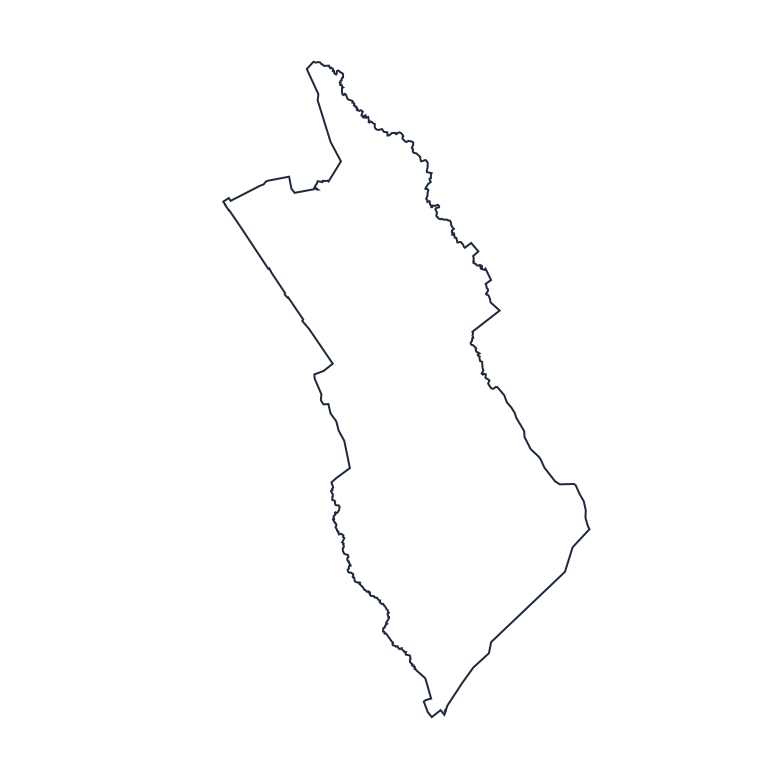 the district of Elejas pag., Jelgava, Latvia, rotated 320°
{"feature_id": "27541924B1906845824135", "entity_name": "Elejas pag.", "entity_type": "district", "adm_level": 2, "iso_a3": "LVA", "parent_name": "Latvia", "parent_adm1": "Jelgava", "projection": "albers", "projection_center": [23.711, 56.427], "detail": "fine", "context": "isolated", "style": "outline", "palette": "slate", "viewbox_px": 768, "rotation_deg": 320, "n_neighbors": 0, "source": "geoboundaries", "source_scale": "gbopen_adm2", "svg_char_len": 6159}
<svg xmlns="http://www.w3.org/2000/svg" viewBox="0 0 768 768"><g transform="rotate(320 384 384)"><path d="M217.6,676.2L221.0,674.3L220.5,673.6L221.5,673.1L221.8,673.6L225.8,671.1L251.7,663.3L270.2,658.6L291.3,657.7L300.1,650.6L401.9,644.2L423.6,630.3L448.1,627.3L448.9,623.7L452.4,615.9L457.4,610.4L461.6,602.4L463.2,593.6L465.7,585.1L465.6,583.6L464.9,582.4L454.2,573.9L452.5,568.5L453.1,551.2L455.6,542.1L455.8,539.4L454.5,528.1L457.6,514.9L461.1,510.2L463.7,494.5L465.5,490.5L466.4,484.0L466.4,476.8L468.9,469.9L468.8,459.3L467.8,458.1L464.7,458.0L463.5,456.4L463.4,455.3L464.0,450.7L467.0,449.0L466.6,446.5L465.8,445.4L465.8,444.3L468.2,442.1L466.9,440.2L465.8,440.3L465.5,438.8L469.0,437.4L469.6,435.4L473.4,430.1L472.4,428.2L473.7,425.6L475.0,424.4L474.2,422.7L474.7,421.7L476.8,421.9L475.5,418.4L476.3,416.7L477.4,416.1L477.2,415.4L477.6,415.0L477.1,411.3L476.1,410.0L476.4,408.7L477.5,407.8L479.2,407.6L480.8,405.8L481.9,406.1L483.0,403.7L485.0,402.2L485.3,400.8L519.8,402.1L518.1,390.0L520.0,386.6L520.8,384.2L520.9,382.6L519.9,381.2L520.1,380.5L523.3,379.6L524.5,378.3L524.4,376.4L525.9,374.0L526.2,372.6L532.8,373.2L535.9,360.9L534.5,361.3L532.3,357.9L533.1,356.3L534.1,357.4L534.9,356.4L534.0,354.5L532.0,353.7L531.3,352.6L531.5,351.2L530.3,348.9L530.9,347.9L531.7,347.9L531.7,347.1L533.7,345.2L534.5,343.3L541.5,343.1L541.4,332.0L533.5,331.6L533.4,330.0L534.2,328.2L534.1,324.6L531.2,322.7L533.3,318.6L532.2,317.4L534.4,313.6L534.0,313.2L532.8,314.2L532.2,313.4L533.3,312.7L533.5,311.6L534.0,311.7L534.6,310.1L537.2,310.0L537.0,309.5L537.5,305.6L539.1,303.3L539.5,301.3L538.0,299.5L538.1,298.9L535.2,296.2L534.3,294.4L533.0,294.0L532.1,291.9L532.4,290.4L531.9,289.7L532.4,288.5L534.8,286.8L535.6,283.2L537.0,282.7L539.7,284.0L540.6,283.2L540.3,281.2L537.7,280.4L536.2,278.8L534.7,279.5L533.9,278.9L534.9,277.4L534.6,276.0L536.3,273.7L536.2,273.1L534.3,272.4L535.2,271.4L535.4,270.5L535.1,269.8L535.5,269.1L538.3,267.8L540.5,265.4L542.6,264.0L542.7,262.7L541.2,261.3L541.6,260.7L546.1,259.2L549.6,259.3L549.9,258.9L550.0,257.3L550.9,256.0L552.2,256.5L554.4,253.9L556.0,253.1L553.1,249.3L553.8,248.1L556.8,246.0L559.8,242.4L559.9,240.4L559.8,239.1L555.7,237.5L555.8,236.4L557.7,233.2L557.0,228.0L555.5,226.3L555.4,224.4L557.1,222.9L556.9,221.5L557.2,220.9L559.8,219.8L561.5,218.0L561.5,216.8L559.2,213.6L556.8,213.1L556.1,211.4L555.8,208.1L557.0,206.7L557.9,206.7L558.4,205.7L558.3,202.8L557.7,201.3L556.0,200.5L554.2,200.7L553.8,200.2L554.2,199.1L551.6,196.9L547.7,196.9L546.4,195.9L548.3,193.4L546.0,190.8L546.3,187.4L543.3,186.0L541.9,184.3L541.7,183.1L542.0,181.2L544.1,178.9L543.2,177.1L543.2,175.8L542.3,174.1L540.9,174.3L540.6,173.5L541.6,172.7L543.5,169.3L541.4,168.4L542.6,166.3L540.7,165.8L540.5,167.3L539.4,166.6L539.4,163.7L542.8,161.7L542.3,159.4L540.5,158.8L539.7,157.3L540.3,156.7L539.6,156.3L540.9,154.6L540.5,154.1L540.9,153.5L540.3,153.0L540.5,152.3L540.0,151.2L541.3,150.4L541.5,148.7L540.7,148.2L541.8,146.9L539.5,143.0L539.5,141.5L540.9,137.7L540.5,136.6L538.8,136.8L538.3,135.5L539.1,134.4L539.1,133.7L542.1,130.2L543.3,130.6L543.1,129.7L543.7,128.0L542.7,126.9L543.1,126.0L543.9,126.0L544.3,125.3L544.0,124.6L546.0,123.8L546.7,124.2L548.3,122.6L549.6,122.9L551.6,120.6L551.9,119.5L550.8,116.6L550.9,115.5L550.4,114.4L549.1,114.0L547.1,116.0L546.2,116.1L545.7,113.9L546.9,112.1L546.0,111.4L547.4,109.9L547.0,107.9L545.9,107.6L545.9,106.1L546.6,104.9L542.6,101.8L542.2,99.4L541.7,98.9L541.7,96.4L540.1,94.8L538.3,94.0L537.1,91.8L527.3,93.1L520.0,119.8L515.5,124.1L498.7,164.2L494.1,185.8L471.7,193.2L471.6,192.1L469.5,190.9L468.0,189.1L467.1,189.0L466.5,189.7L463.6,186.0L462.1,187.0L457.4,188.5L458.3,192.5L457.5,191.8L456.9,188.9L455.4,189.7L438.4,180.1L438.6,174.8L444.6,164.2L425.8,153.7L423.8,153.0L419.9,153.7L416.7,152.5L384.2,145.1L384.7,141.8L378.1,141.0L377.7,144.8L377.4,144.7L376.7,151.7L377.1,151.8L375.0,172.4L369.4,221.4L370.4,221.6L369.3,227.0L366.7,250.6L365.5,251.5L365.6,255.8L366.3,255.9L363.6,282.6L361.9,283.2L362.0,293.8L357.8,335.5L346.2,335.2L336.8,331.9L334.3,335.4L329.4,351.7L325.2,355.8L324.5,360.7L328.5,363.6L324.1,372.3L323.5,381.8L319.3,390.6L317.0,402.1L303.8,426.5L287.4,425.4L280.5,425.6L278.5,430.7L276.5,431.1L276.3,432.2L274.7,431.9L274.2,432.8L274.1,435.2L272.7,437.1L272.2,437.0L270.3,438.9L269.9,439.8L271.0,441.1L271.0,442.7L270.2,443.1L269.2,445.1L269.4,446.2L271.2,447.7L271.2,449.4L268.5,451.7L265.8,452.6L264.8,452.4L264.4,451.1L263.5,451.2L262.7,452.8L260.3,452.9L258.9,455.4L258.0,454.8L257.7,455.2L257.7,457.3L257.1,458.0L257.4,459.0L257.1,460.2L257.3,460.5L256.7,461.8L254.8,462.5L254.4,465.1L253.8,466.0L254.1,468.1L253.4,468.4L252.8,470.3L254.9,471.2L255.6,473.8L254.3,474.8L254.6,475.9L254.4,476.7L250.1,478.4L250.5,480.2L249.5,480.7L249.5,481.7L248.2,483.2L246.8,483.4L245.1,485.6L244.4,488.7L246.5,491.7L245.6,493.7L244.4,493.6L242.9,495.1L242.6,495.9L243.0,497.4L242.3,497.7L242.0,501.1L241.6,501.7L240.5,501.0L239.6,501.4L238.4,502.9L236.8,502.9L236.0,504.2L235.9,505.1L236.3,506.4L237.6,507.4L238.2,510.1L236.1,511.5L236.0,512.2L236.6,512.7L236.6,513.7L235.9,514.2L234.8,516.5L236.0,519.0L237.9,520.4L238.0,520.9L236.7,521.4L237.2,526.4L236.6,529.0L237.3,530.1L237.4,532.3L238.7,532.7L239.2,533.9L238.4,534.4L239.0,535.1L237.8,536.2L237.8,538.0L239.3,539.2L239.9,540.3L239.5,540.6L239.6,541.3L241.3,543.5L241.0,544.3L241.1,546.6L241.9,547.4L240.4,548.5L240.8,550.8L242.0,551.8L242.0,552.7L241.6,553.1L241.8,555.9L241.2,558.0L241.5,559.5L240.7,560.9L240.8,562.3L238.9,562.4L237.6,565.3L238.1,565.7L237.5,566.5L232.0,568.4L232.3,569.7L229.7,569.8L228.2,571.0L226.7,570.5L224.2,572.9L224.9,574.2L224.0,575.6L225.2,576.4L224.4,586.6L224.7,587.5L224.6,588.2L223.2,588.7L223.0,589.9L224.2,591.9L224.2,592.6L225.8,593.7L225.4,594.4L225.3,596.7L227.7,597.8L227.0,598.5L227.6,601.2L227.3,601.9L228.6,603.5L227.2,604.3L226.8,605.3L229.3,608.6L228.1,611.0L227.1,611.4L227.0,612.2L226.0,612.5L225.1,613.9L225.6,616.4L224.7,617.1L224.6,617.7L225.8,618.6L225.0,619.7L225.7,620.8L224.3,622.0L225.0,622.6L224.7,624.0L226.4,635.3L226.1,636.9L217.9,655.3L213.0,653.0L210.4,652.8L206.6,663.5L206.5,669.9L217.7,670.2L217.6,676.2Z" fill="none" stroke="#1e293b" stroke-width="2"/></g></svg>